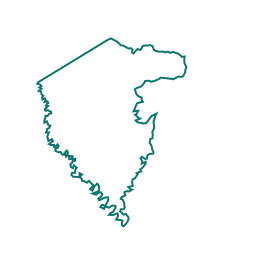 Panambi, Rio Grande do Sul, Brazil, rotated 248°
{"feature_id": "56859067B98821100508449", "entity_name": "Panambi", "entity_type": "district", "adm_level": 2, "iso_a3": "BRA", "parent_name": "Brazil", "parent_adm1": "Rio Grande do Sul", "projection": "albers", "projection_center": [-53.56, -28.356], "detail": "fine", "context": "isolated", "style": "outline", "palette": "teal", "viewbox_px": 256, "rotation_deg": 248, "n_neighbors": 0, "source": "geoboundaries", "source_scale": "gbopen_adm2", "svg_char_len": 3432}
<svg xmlns="http://www.w3.org/2000/svg" viewBox="0 0 256 256"><g transform="rotate(248 128 128)"><path d="M63.9,77.5L62.3,79.1L61.3,80.6L61.8,82.9L61.8,84.8L61.1,86.2L59.9,87.3L58.6,86.3L57.3,84.6L55.8,83.0L55.8,80.4L54.6,77.9L53.6,80.0L52.8,82.0L53.0,83.9L52.8,86.3L50.5,86.0L48.7,84.4L47.7,82.8L46.4,84.6L45.7,86.1L44.2,88.2L41.9,86.7L39.9,85.9L38.6,86.9L39.2,88.8L40.5,91.1L42.0,93.2L43.9,94.7L45.8,94.9L47.4,94.2L49.0,93.9L49.4,91.4L51.7,90.5L53.7,89.4L55.3,91.1L54.2,93.7L55.5,95.1L57.5,95.6L59.7,96.4L61.3,96.4L63.7,96.2L65.0,94.7L66.5,96.4L66.3,98.6L66.8,100.6L68.6,100.2L70.1,101.0L69.8,103.3L68.7,105.4L69.3,108.7L70.8,106.9L73.3,106.2L72.4,110.7L75.6,111.3L78.7,113.0L78.7,115.5L81.4,119.5L83.0,119.0L82.8,124.0L85.1,123.8L85.5,126.1L88.4,131.1L90.0,131.6L89.9,127.5L91.4,128.7L95.1,128.3L96.1,130.2L93.0,132.2L92.5,134.0L95.5,135.9L95.9,138.2L94.8,141.6L96.2,142.7L98.3,142.4L103.9,143.2L105.8,142.4L109.5,144.7L109.2,146.8L113.2,148.7L114.8,148.8L118.4,152.4L124.4,154.1L126.1,155.7L128.9,157.6L130.6,159.6L130.2,154.1L125.7,146.9L126.4,143.9L127.7,142.4L129.7,138.9L132.2,137.9L132.1,142.7L133.8,141.2L135.9,140.4L137.7,139.5L137.8,141.4L140.3,143.9L141.4,139.4L142.4,140.8L144.2,142.2L147.4,145.5L147.3,148.8L146.7,151.6L149.0,151.2L151.0,152.2L153.5,149.6L154.9,148.9L156.8,148.5L158.8,148.6L161.4,148.9L161.8,151.1L161.6,153.3L161.7,156.0L163.5,159.6L165.2,161.6L163.7,165.6L162.4,166.4L161.7,169.9L161.8,174.8L162.4,177.1L159.4,182.9L157.8,185.9L156.3,187.9L156.7,194.1L155.4,196.7L155.4,198.5L158.1,201.7L160.2,202.9L162.8,205.0L166.0,204.6L169.0,205.2L173.1,207.3L173.6,204.8L177.6,202.8L181.4,198.6L181.9,196.9L181.8,195.2L183.8,193.7L184.1,191.0L185.4,189.7L187.0,185.8L189.0,182.4L191.0,181.4L194.9,181.3L196.6,179.5L197.3,176.4L198.1,175.0L198.5,172.5L195.7,168.8L197.6,166.4L197.0,164.8L195.0,161.1L196.9,160.2L199.2,161.6L200.8,160.7L201.4,158.5L203.0,157.0L206.3,154.3L207.2,152.5L212.4,150.1L217.4,145.8L217.3,142.0L215.0,128.2L204.1,62.0L203.1,60.5L201.2,62.8L199.1,63.4L198.8,61.0L196.7,62.4L195.8,59.1L194.2,60.9L191.6,60.5L189.4,61.6L188.5,59.7L186.5,59.3L186.6,62.0L184.6,62.2L183.4,60.5L182.8,63.3L181.1,63.5L180.6,61.5L179.3,60.4L178.3,62.1L176.6,58.0L174.9,57.9L174.6,60.1L171.8,62.7L170.4,62.4L170.5,59.7L169.2,57.8L170.3,56.2L168.3,55.2L166.7,53.5L164.3,52.5L164.6,55.2L162.5,55.2L160.2,55.3L159.3,56.8L157.5,55.0L157.3,52.4L155.7,51.6L154.5,50.3L153.6,52.9L150.4,50.0L145.7,49.3L146.1,53.3L144.1,53.7L142.7,48.7L141.3,50.0L139.9,53.1L138.2,52.4L138.1,54.4L139.2,56.5L137.5,57.0L135.9,55.2L136.1,53.0L134.1,52.1L131.5,54.4L131.1,56.3L127.7,57.3L127.3,59.8L129.4,61.2L129.9,62.9L128.0,63.2L125.5,61.6L124.2,62.9L122.6,62.3L121.2,61.8L120.0,64.8L119.1,67.6L117.4,66.3L117.8,64.1L116.6,62.9L115.9,60.9L113.2,60.5L111.5,61.8L113.7,63.8L110.4,65.7L109.4,63.8L106.3,61.9L107.4,59.4L105.7,57.9L103.3,59.0L101.6,62.6L101.0,65.0L98.1,66.1L96.4,65.5L95.5,67.2L92.7,69.3L93.6,72.0L89.9,73.4L88.5,74.3L87.0,73.2L85.5,69.9L83.2,71.6L86.4,74.8L87.9,78.6L85.0,79.3L81.1,78.0L80.4,76.1L80.5,70.5L79.0,72.0L78.1,74.0L79.0,76.5L78.6,78.7L76.3,79.4L74.4,77.4L73.6,74.0L71.8,74.2L71.8,77.0L72.2,79.2L72.0,81.4L71.1,83.6L68.5,82.7L66.1,79.9L63.9,77.5ZM101.0,65.0L104.3,66.1L102.1,68.0L101.0,65.0ZM120.0,64.8L123.2,64.7L122.5,66.1L120.0,64.8ZM63.9,77.5L65.7,76.4L66.4,74.7L65.0,72.8L63.5,74.3L62.0,75.5L63.9,77.5ZM127.3,59.8L124.6,59.9L125.5,61.6L127.3,59.8Z" fill="none" stroke="#0f766e" stroke-width="2"/></g></svg>